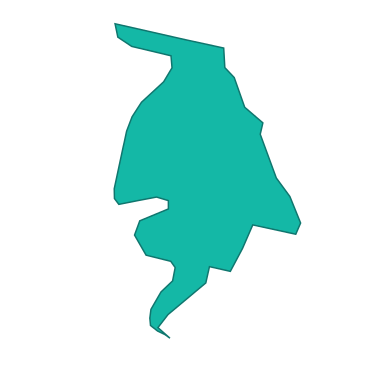 West Baton Rouge, Louisiana, United States of America, rotated 193°
{"feature_id": "52423323B55664774745263", "entity_name": "West Baton Rouge", "entity_type": "district", "adm_level": 2, "iso_a3": "USA", "parent_name": "United States of America", "parent_adm1": "Louisiana", "projection": "equal_earth", "projection_center": [-91.297, 30.491], "detail": "fine", "context": "isolated", "style": "filled", "palette": "teal", "viewbox_px": 384, "rotation_deg": 193, "n_neighbors": 0, "source": "geoboundaries", "source_scale": "gbopen_adm2", "svg_char_len": 770}
<svg xmlns="http://www.w3.org/2000/svg" viewBox="0 0 384 384"><g transform="rotate(193 192 192)"><path d="M194.3,48.8L186.3,47.0L180.6,44.6L194.7,52.2L187.8,67.2L158.1,106.5L158.2,123.2L136.8,123.3L130.1,148.3L125.4,173.6L81.4,174.2L79.2,186.2L95.6,209.6L113.0,224.6L138.5,263.6L138.5,275.3L159.7,286.4L176.6,313.0L184.1,318.0L188.0,320.6L193.5,339.4L232.0,338.9L304.8,338.6L299.1,326.2L283.5,320.3L243.1,320.0L239.4,308.5L244.4,293.0L261.4,268.1L267.3,251.8L269.4,236.6L269.2,225.1L269.2,220.7L268.5,177.7L266.1,168.2L260.5,163.5L242.9,171.4L225.4,179.1L213.1,178.3L211.2,170.2L236.4,152.2L238.3,137.1L222.5,120.1L197.1,119.7L191.4,114.6L190.9,101.0L199.7,87.7L205.6,68.4L204.7,59.6L202.4,52.6L194.3,48.8Z" fill="#14b8a6" stroke="#0f766e" stroke-width="1.5"/></g></svg>